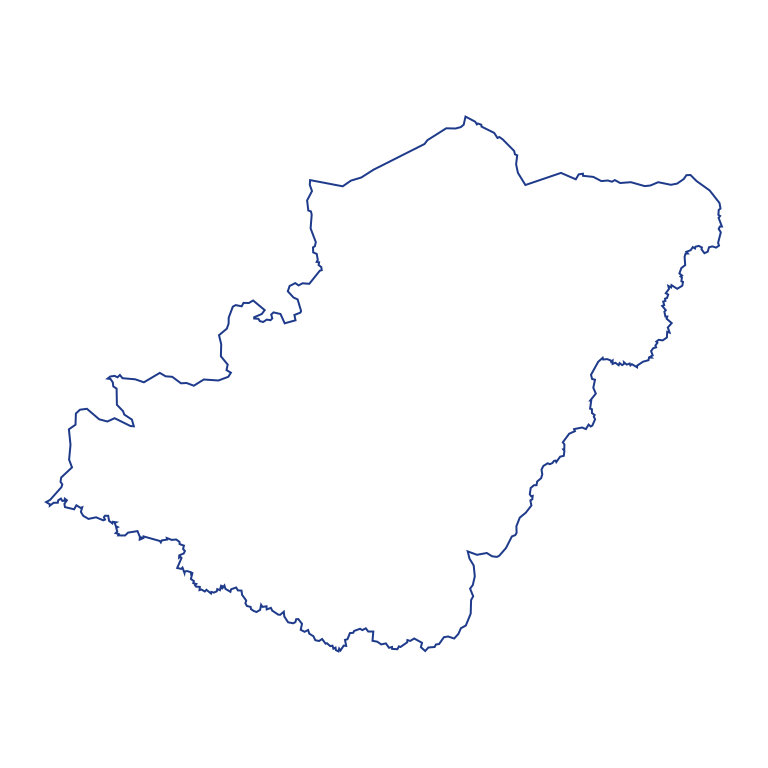 Song Dao, Sakon Nakhon, Thailand
{"feature_id": "78962969B97836103025475", "entity_name": "Song Dao", "entity_type": "district", "adm_level": 2, "iso_a3": "THA", "parent_name": "Thailand", "parent_adm1": "Sakon Nakhon", "projection": "mercator", "projection_center": [103.442, 17.315], "detail": "fine", "context": "isolated", "style": "outline", "palette": "blue", "viewbox_px": 768, "rotation_deg": 0, "n_neighbors": 0, "source": "geoboundaries", "source_scale": "gbopen_adm2", "svg_char_len": 6068}
<svg xmlns="http://www.w3.org/2000/svg" viewBox="0 0 768 768"><path d="M397.4,649.2L398.9,646.4L400.5,647.0L407.2,642.3L407.4,640.1L410.3,640.9L414.2,638.5L422.0,642.8L420.9,647.2L425.2,651.0L428.4,647.5L434.6,647.0L435.9,644.5L439.1,644.0L443.9,637.2L448.1,636.5L454.2,638.5L458.4,633.9L460.9,628.2L465.8,625.6L470.7,613.6L471.1,600.0L473.2,596.3L470.1,588.7L472.8,585.0L474.8,576.4L473.7,565.5L469.5,558.6L467.7,551.4L477.0,554.8L486.8,553.0L492.1,556.3L497.0,556.9L499.3,555.7L506.0,548.0L511.9,536.4L515.3,535.1L516.6,532.8L516.4,526.2L519.8,517.6L525.8,512.7L531.4,505.5L530.4,500.4L532.3,499.3L532.7,495.9L531.2,496.3L529.8,494.3L530.7,488.0L534.0,485.2L536.5,485.2L537.2,481.5L541.1,478.2L542.3,474.3L541.5,469.6L543.4,465.9L547.7,463.3L549.8,464.2L552.3,463.1L554.0,460.9L555.6,460.6L556.3,462.1L560.1,456.7L563.8,455.8L564.4,450.8L563.2,449.3L564.3,449.0L564.4,444.4L562.8,442.3L569.2,433.7L574.9,431.2L574.1,429.1L582.1,427.5L585.9,429.1L588.6,424.6L590.7,426.5L592.3,425.6L595.1,419.3L593.8,416.7L594.6,415.0L592.0,413.1L591.9,409.2L590.1,408.7L591.2,400.7L590.2,400.6L595.8,393.6L593.3,387.7L595.0,379.7L592.1,379.0L591.0,374.8L598.2,361.8L602.7,357.8L603.2,359.5L607.1,359.1L610.6,360.4L611.2,361.9L612.6,360.6L612.6,363.9L615.4,362.8L618.7,365.2L619.6,363.1L622.2,365.1L624.2,363.7L624.0,362.3L626.8,364.6L629.7,363.5L630.4,365.4L631.9,364.2L637.1,367.3L637.2,365.6L643.0,361.7L648.5,360.2L649.0,357.6L651.4,357.6L650.3,356.7L652.7,355.4L651.1,351.1L653.2,348.2L656.1,347.3L655.4,345.5L657.4,342.8L656.3,341.6L658.8,339.8L662.7,340.4L666.9,337.5L667.2,331.8L669.6,332.6L667.8,327.5L671.7,323.1L666.6,318.7L667.3,316.5L665.4,316.5L664.4,311.7L665.8,310.2L662.2,305.9L664.2,305.1L663.2,301.6L665.4,300.9L665.0,298.7L667.0,298.0L668.2,294.6L665.8,293.2L669.0,288.9L668.3,285.9L671.1,287.4L671.5,285.1L677.2,288.8L682.3,285.7L683.0,281.9L681.4,281.3L681.9,277.4L680.6,276.5L682.0,275.5L679.4,273.5L681.3,268.1L685.2,265.1L684.6,256.8L685.6,253.6L687.8,253.5L686.4,251.8L690.7,250.2L692.8,247.1L695.0,248.5L695.5,246.7L698.8,245.9L701.9,247.5L701.5,249.3L704.4,253.2L707.7,251.7L709.0,247.3L712.3,246.4L716.1,247.6L719.0,245.6L718.1,242.8L720.8,232.3L718.7,228.9L719.9,226.5L721.9,226.5L718.6,217.8L720.1,216.0L718.4,214.9L718.7,210.0L720.5,208.5L719.5,203.0L709.6,190.4L696.6,181.1L690.5,175.0L686.4,175.2L683.7,179.1L677.1,183.6L670.9,184.8L658.2,182.2L650.4,185.5L644.7,186.1L630.9,182.2L620.1,183.0L614.9,180.1L611.9,181.7L607.8,180.5L601.4,181.1L593.3,176.9L583.0,175.8L582.9,173.7L578.7,174.4L575.8,179.3L561.0,172.9L525.4,185.0L517.9,172.8L516.1,164.3L517.2,155.3L514.9,154.3L514.2,151.0L502.6,139.3L499.3,137.0L497.5,138.0L494.2,132.9L481.5,126.6L481.3,124.7L477.8,123.5L476.9,124.4L475.2,121.7L465.5,116.6L463.7,124.7L460.8,127.1L455.6,128.5L446.2,128.3L427.4,140.2L424.5,144.0L373.7,169.6L361.3,177.5L351.0,180.6L342.7,186.3L310.1,180.1L309.8,184.9L312.0,191.1L307.1,200.4L308.3,210.5L310.9,211.4L311.7,214.6L310.6,228.4L315.8,242.1L314.9,246.2L313.0,247.4L313.2,252.4L316.7,253.9L317.8,259.9L316.7,261.9L319.1,262.3L318.6,265.0L321.3,267.1L321.7,270.2L319.8,270.7L309.3,283.8L302.5,283.3L298.6,285.4L295.3,283.1L289.6,286.0L287.8,291.3L293.6,297.6L297.6,299.4L301.1,311.0L300.4,312.6L294.4,315.0L295.5,320.3L284.7,323.3L280.5,314.0L273.5,312.4L271.2,314.6L272.3,318.4L270.5,320.2L266.8,319.6L263.1,322.0L259.8,321.1L258.4,318.8L254.2,318.5L254.2,317.2L261.8,314.0L264.7,310.1L253.1,300.5L248.9,303.0L243.5,302.9L241.7,306.3L235.7,305.1L232.8,306.7L228.7,317.7L228.6,323.7L226.8,328.7L219.0,335.2L221.2,344.2L220.9,356.3L227.7,364.6L226.5,370.1L230.9,372.7L228.3,376.8L218.4,380.5L203.8,379.5L193.8,385.7L186.6,383.0L181.0,383.3L172.2,376.8L165.6,376.3L159.8,372.9L143.9,382.3L135.2,379.3L122.5,378.2L119.9,375.0L117.5,377.3L114.6,375.9L110.3,376.5L107.6,378.6L110.5,379.0L112.8,382.4L113.3,386.4L116.6,388.6L116.9,404.8L123.0,411.1L124.3,414.6L131.9,419.6L133.8,426.3L130.4,426.0L114.6,418.2L107.4,421.5L99.2,419.3L86.9,408.8L80.0,409.7L75.9,413.5L75.5,424.7L68.9,429.3L70.5,444.7L69.1,459.7L72.0,467.4L61.2,477.5L60.5,481.8L62.3,484.4L61.4,487.2L50.1,499.9L46.1,502.1L49.9,504.3L49.8,505.7L53.6,502.8L57.8,502.7L58.2,500.3L60.9,498.6L62.3,500.9L64.4,500.8L64.8,498.7L66.9,500.3L64.4,503.9L65.0,507.1L74.1,509.3L76.4,505.3L80.6,507.9L82.2,507.3L80.9,511.9L83.2,515.8L88.5,518.9L96.1,517.3L103.2,520.3L105.0,519.6L103.9,517.2L105.1,515.7L108.2,515.8L109.1,520.9L112.4,523.4L112.8,521.8L116.0,522.3L114.8,522.9L115.8,526.2L117.7,527.1L116.2,527.9L117.3,531.6L115.7,533.1L118.8,534.1L118.2,535.4L125.0,535.5L128.1,532.6L137.5,531.1L139.9,536.9L139.7,539.6L141.6,538.8L140.5,537.2L143.4,538.0L143.5,536.4L159.9,541.0L160.8,542.4L161.8,540.4L167.1,539.6L166.8,538.0L171.7,539.9L176.2,539.5L179.5,541.9L179.6,544.1L183.9,545.6L183.1,549.0L184.9,551.0L183.7,553.5L179.3,555.3L179.1,557.6L180.3,556.7L181.5,558.0L177.2,568.0L181.3,568.9L182.5,567.6L184.5,573.1L184.8,571.4L187.3,571.1L190.8,572.2L191.1,573.9L192.6,572.3L190.9,579.0L193.9,581.1L193.3,583.1L196.2,584.0L195.0,585.1L196.0,586.6L199.8,586.9L199.5,590.1L201.4,589.5L204.8,591.5L206.4,589.8L211.0,593.5L211.4,591.9L213.9,592.6L216.8,591.3L217.3,589.1L219.9,590.2L221.1,585.7L222.3,586.2L221.8,589.1L224.4,585.5L225.4,588.8L230.4,591.8L231.1,589.3L236.1,587.5L237.9,590.4L241.5,590.6L242.1,594.9L246.2,600.5L245.4,603.3L246.9,606.0L250.6,606.9L251.0,609.1L253.8,611.0L256.5,612.0L260.1,609.9L261.1,604.8L262.5,606.9L266.5,606.3L266.7,609.4L270.9,607.9L272.2,610.6L278.2,614.6L280.2,614.8L283.8,611.7L284.3,616.5L288.1,622.3L293.2,623.3L295.4,622.1L296.2,619.2L298.3,619.1L302.0,623.8L300.7,629.8L304.6,631.8L308.1,630.0L309.3,633.7L313.4,636.2L315.3,640.2L319.1,641.0L322.1,639.0L325.6,643.7L326.9,643.2L330.2,646.1L332.5,645.7L333.4,648.7L335.5,647.6L335.9,650.1L338.5,651.4L339.2,648.6L340.5,650.5L343.7,645.6L346.2,645.9L345.0,639.9L347.5,639.2L349.9,633.1L353.2,632.8L354.2,630.9L360.0,628.8L362.4,630.1L365.8,628.3L368.2,631.5L373.3,631.5L372.5,640.8L377.3,641.7L381.2,644.4L385.9,643.4L389.0,647.8L392.0,647.0L392.1,648.9L397.4,649.2Z" fill="none" stroke="#1e3a8a" stroke-width="2"/></svg>